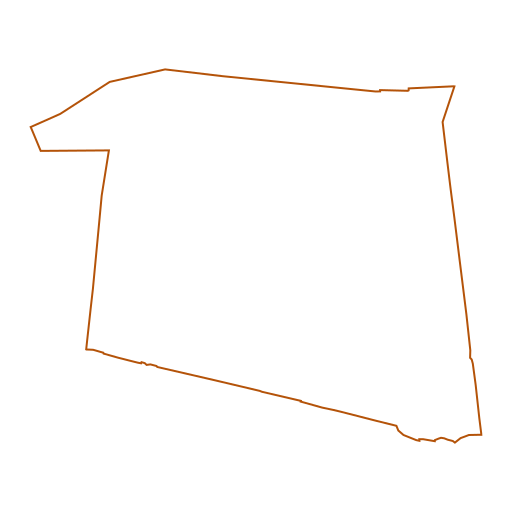 the district of Sofronea, Arad, Romania
{"feature_id": "2599482B86430768940785", "entity_name": "Sofronea", "entity_type": "district", "adm_level": 2, "iso_a3": "ROU", "parent_name": "Romania", "parent_adm1": "Arad", "projection": "mercator", "projection_center": [21.295, 46.27], "detail": "fine", "context": "isolated", "style": "outline", "palette": "amber", "viewbox_px": 512, "rotation_deg": 0, "n_neighbors": 0, "source": "geoboundaries", "source_scale": "gbopen_adm2", "svg_char_len": 1206}
<svg xmlns="http://www.w3.org/2000/svg" viewBox="0 0 512 512"><path d="M481.3,434.8L481.2,433.3L479.3,418.1L475.7,385.2L475.4,382.9L474.3,374.7L472.8,363.6L471.7,359.5L470.1,357.8L470.3,350.3L466.4,314.4L464.4,298.3L459.3,257.5L454.4,218.0L452.8,205.7L451.2,193.5L450.0,184.0L447.3,161.7L442.6,122.0L454.4,86.4L453.7,86.3L408.7,88.4L408.6,90.4L407.8,90.8L380.1,90.1L380.1,91.4L375.7,91.5L365.6,90.5L222.8,76.2L165.1,69.4L109.7,81.9L60.2,113.9L41.6,122.2L30.7,127.0L32.7,131.7L40.7,150.9L108.9,150.4L101.7,195.5L100.0,213.8L92.9,288.9L90.8,307.3L87.0,341.9L86.2,349.4L86.4,349.5L89.4,349.6L93.2,349.8L96.7,350.8L100.1,351.8L103.3,352.7L103.6,353.6L118.1,357.7L121.7,358.6L129.1,360.5L136.3,362.3L137.9,362.7L141.1,363.3L141.5,362.2L144.7,363.1L146.6,364.9L150.4,364.4L156.5,366.0L157.3,367.0L215.4,380.4L259.8,390.9L262.0,391.8L300.9,400.9L300.7,401.6L322.2,407.6L333.6,410.0L340.3,411.6L376.6,420.9L396.4,425.8L398.3,430.5L403.5,435.0L416.2,440.1L419.4,440.8L419.3,439.2L423.1,439.2L434.8,441.2L434.9,440.1L438.6,438.6L441.0,437.8L444.2,438.3L447.7,439.7L452.8,441.0L454.9,442.6L460.6,438.1L464.7,436.6L468.9,435.0L473.8,434.9L478.8,434.8L481.3,434.8Z" fill="none" stroke="#b45309" stroke-width="2"/></svg>